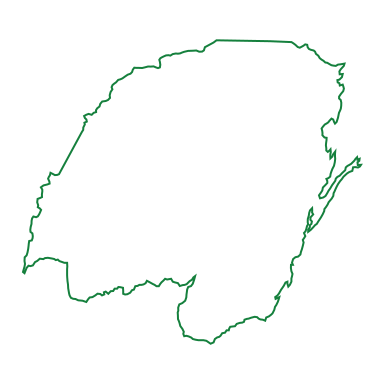 the district of Jaguaribe, Ceará, Brazil
{"feature_id": "56859067B94931257092232", "entity_name": "Jaguaribe", "entity_type": "district", "adm_level": 2, "iso_a3": "BRA", "parent_name": "Brazil", "parent_adm1": "Ceará", "projection": "orthographic", "projection_center": [-38.68, -5.978], "detail": "fine", "context": "isolated", "style": "outline", "palette": "green", "viewbox_px": 384, "rotation_deg": 0, "n_neighbors": 0, "source": "geoboundaries", "source_scale": "gbopen_adm2", "svg_char_len": 5920}
<svg xmlns="http://www.w3.org/2000/svg" viewBox="0 0 384 384"><path d="M265.2,320.7L266.2,317.5L268.9,316.4L271.0,314.8L272.5,313.4L274.3,309.8L275.0,306.9L276.3,305.0L277.8,301.9L278.7,299.3L279.3,297.1L275.6,298.9L275.2,297.1L277.4,295.5L278.9,293.6L281.1,289.7L282.5,287.7L283.9,285.6L285.5,282.5L287.4,281.7L287.4,283.7L288.3,286.6L289.9,284.8L291.4,281.7L291.4,278.5L292.0,276.3L292.5,273.9L291.4,271.2L290.9,268.1L291.0,264.8L292.9,264.8L292.0,262.7L293.1,259.1L295.4,257.2L298.1,256.6L300.4,254.5L300.9,252.1L301.9,249.2L302.8,245.9L303.6,242.5L302.8,239.9L304.3,237.8L305.3,236.1L304.0,233.0L305.5,231.3L306.3,229.0L307.0,226.1L308.1,224.2L307.7,222.2L307.8,219.0L308.8,215.6L309.2,212.9L310.0,210.4L312.1,208.2L312.2,210.5L312.1,212.5L313.2,214.4L310.5,217.4L310.4,219.8L311.9,221.4L311.4,223.9L309.9,225.2L309.8,227.2L308.2,229.9L308.2,231.8L310.7,229.9L313.0,227.5L315.0,225.2L316.8,223.9L318.1,221.7L319.5,219.6L321.0,217.3L322.7,214.3L324.2,211.1L324.4,209.1L326.1,206.9L327.7,204.4L328.6,202.3L330.0,200.6L331.7,198.6L333.3,195.9L333.6,193.2L334.5,191.5L335.4,189.4L336.8,186.4L338.1,184.0L340.1,181.1L341.7,179.3L343.5,176.7L347.1,173.4L349.3,172.0L352.3,170.9L353.1,167.3L355.3,167.1L358.0,167.5L359.9,166.5L361.0,164.8L357.8,165.0L357.5,162.3L359.3,160.8L359.6,158.8L357.5,159.7L357.1,157.2L355.4,159.0L354.3,160.7L351.2,163.8L349.2,165.0L347.5,165.9L345.8,167.4L345.2,170.2L342.2,173.0L339.7,175.7L337.4,176.9L335.8,178.6L335.3,180.7L333.7,183.0L332.2,185.0L330.1,188.6L328.6,190.6L327.1,193.4L325.5,196.0L323.2,197.5L320.0,198.3L319.0,195.3L320.8,192.8L322.3,190.5L322.9,187.5L325.3,185.1L327.3,183.0L327.3,181.0L326.4,178.9L328.4,178.1L330.2,176.6L330.6,173.9L331.4,171.5L332.4,168.9L334.0,165.8L334.8,162.2L335.2,158.8L335.0,156.5L335.0,154.0L335.2,151.6L333.1,154.4L332.3,156.6L330.4,158.4L330.3,156.1L330.4,154.0L330.8,152.1L330.5,149.3L329.3,150.7L327.8,151.9L326.3,150.5L326.3,148.2L325.9,145.3L326.1,143.0L326.5,140.2L326.6,137.8L324.5,137.5L322.4,135.2L322.5,133.1L322.2,130.8L321.6,128.5L323.0,126.6L324.8,124.5L326.6,123.5L328.2,122.4L329.6,120.6L331.5,118.6L333.2,119.5L334.1,122.0L335.0,123.6L336.6,122.0L337.2,120.2L338.0,117.7L339.0,112.8L340.0,110.7L340.8,108.7L341.2,105.9L341.3,102.7L340.7,100.0L339.1,98.5L339.1,96.6L341.0,93.8L343.2,91.2L343.9,88.6L343.4,86.7L342.7,84.6L339.8,85.5L339.4,83.2L337.7,82.4L337.4,80.1L339.4,79.6L341.9,77.2L342.7,74.0L339.7,74.3L339.4,71.4L340.7,69.3L343.8,65.9L344.5,63.6L340.7,64.3L338.0,64.6L335.8,65.9L333.4,65.6L331.4,65.2L329.1,63.9L327.3,62.8L325.3,62.5L323.5,60.8L321.4,59.5L319.7,58.1L318.3,55.7L315.9,53.8L315.1,51.7L313.7,50.5L310.9,49.8L309.0,49.0L307.7,47.3L307.2,44.8L305.2,44.4L303.5,45.7L301.7,46.7L299.8,47.7L297.7,47.0L295.5,44.9L293.5,43.4L291.5,42.1L269.9,41.2L216.5,40.3L213.6,42.5L204.9,47.2L203.9,50.4L202.1,51.6L199.2,51.7L196.3,50.5L193.3,50.7L190.8,50.8L188.1,50.9L184.2,51.8L181.9,52.6L180.1,53.4L177.9,53.7L175.8,53.5L172.7,54.1L170.4,55.6L168.5,55.2L166.1,55.4L164.4,56.1L162.1,57.2L160.4,58.2L159.3,59.8L159.9,61.9L160.3,64.8L159.9,67.4L158.0,68.1L156.2,67.5L153.6,66.4L150.7,66.6L148.1,66.5L145.1,67.3L142.2,68.0L139.3,67.9L136.5,67.9L134.3,67.7L132.8,69.7L132.1,72.0L130.5,73.7L127.7,74.7L125.2,76.4L122.4,78.4L120.4,79.3L118.2,79.9L116.0,82.4L114.1,83.7L112.5,85.1L111.6,87.2L112.4,89.3L110.6,92.0L109.7,95.2L110.0,97.9L108.0,100.0L105.7,101.0L102.2,101.5L100.3,103.8L99.5,106.5L97.2,108.3L96.0,110.2L96.1,112.1L93.7,112.8L91.7,114.8L88.6,113.9L86.2,114.8L84.1,116.0L84.9,118.0L86.4,119.5L86.8,121.6L84.4,122.7L84.8,124.5L83.3,127.5L83.2,129.9L81.8,132.1L62.3,168.1L59.0,174.2L57.2,174.9L54.9,175.1L52.5,173.8L50.5,172.8L49.9,175.3L48.8,177.0L48.1,178.7L49.4,181.6L49.6,183.6L47.2,184.5L43.5,185.4L40.9,187.3L42.3,189.6L42.3,191.5L41.9,194.5L42.0,197.1L39.6,198.2L37.6,198.9L37.2,202.3L38.2,205.3L37.8,207.2L39.8,208.4L41.1,209.9L40.0,212.5L39.1,214.4L37.8,216.4L36.1,217.2L33.4,216.5L32.1,218.4L31.6,220.8L31.5,223.9L30.7,226.9L30.3,229.7L30.5,231.9L32.4,233.4L32.8,236.1L32.6,238.1L31.8,240.4L29.2,241.0L28.8,243.5L28.6,245.6L28.2,248.9L27.5,252.5L26.6,255.4L24.7,257.3L24.5,261.0L25.0,263.9L24.5,266.7L23.9,268.7L23.0,272.0L24.5,273.2L26.6,267.9L28.5,265.7L30.5,266.1L32.9,265.4L35.0,262.1L37.3,260.9L39.8,258.7L43.3,259.1L45.0,258.1L47.9,257.8L51.9,258.5L54.2,259.0L55.8,260.1L57.8,259.6L59.4,261.1L62.1,262.0L64.3,262.8L67.1,262.8L67.3,266.4L67.1,269.1L67.1,275.1L67.2,277.2L67.5,281.1L68.0,284.6L68.2,288.3L69.1,293.5L69.6,295.4L70.9,297.8L73.2,298.8L75.5,299.0L78.2,300.3L82.5,300.7L86.3,302.0L88.0,299.4L89.6,297.5L92.5,297.1L95.3,295.4L97.5,293.7L100.3,294.0L102.0,295.4L104.3,294.4L103.9,292.3L105.7,291.6L108.3,293.8L110.7,291.2L113.2,291.0L114.6,288.7L117.1,288.7L118.4,287.0L120.4,287.2L123.0,287.8L123.2,290.8L123.2,293.8L125.1,294.5L127.4,294.2L130.2,292.7L132.0,290.2L133.9,289.6L135.3,286.2L137.6,285.9L139.3,284.9L141.4,284.9L143.6,284.4L145.6,283.2L146.9,280.8L149.6,282.2L152.8,284.0L154.5,284.8L156.5,286.2L158.8,286.2L160.3,283.8L161.5,282.3L163.3,280.7L165.1,278.8L167.1,279.5L171.1,278.8L172.8,281.7L174.9,282.4L177.9,283.1L179.8,286.0L182.7,285.1L184.6,284.9L186.6,284.2L189.6,281.2L192.0,279.7L193.4,277.4L195.1,276.1L194.2,279.5L192.8,283.7L191.0,286.1L188.2,287.0L187.2,289.4L186.8,292.4L186.5,294.5L186.3,297.4L185.2,300.7L182.3,303.1L179.3,304.4L178.2,307.6L178.3,310.7L177.7,312.5L177.9,315.3L178.0,319.1L178.8,320.9L179.5,322.9L180.3,326.0L182.4,328.9L183.8,331.8L183.3,333.9L184.2,336.2L186.3,335.8L188.6,336.4L191.3,337.6L192.8,339.0L195.5,339.7L198.4,340.2L200.9,340.2L203.4,340.2L206.4,340.8L210.6,343.7L213.6,342.4L214.9,339.0L217.2,337.4L219.1,336.9L220.5,335.8L222.2,333.2L225.0,332.7L226.6,330.3L228.8,330.3L229.2,328.5L230.2,326.8L232.6,326.5L235.0,326.2L236.7,323.9L239.7,322.9L242.3,322.6L244.0,321.8L244.5,319.7L246.8,318.9L248.7,318.6L251.2,317.7L254.7,316.8L257.2,317.2L258.6,318.6L260.3,319.4L262.8,319.7L265.2,320.7Z" fill="none" stroke="#15803d" stroke-width="2"/></svg>